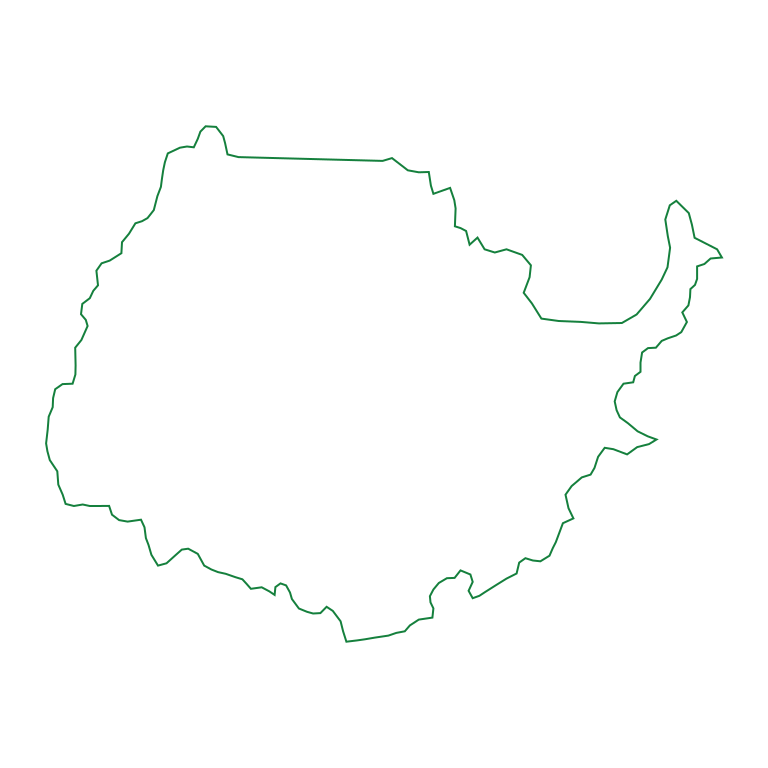 Petrolina de Goiás, Goiás, Brazil (Mercator projection)
{"feature_id": "56859067B28071747683411", "entity_name": "Petrolina de Goiás", "entity_type": "district", "adm_level": 2, "iso_a3": "BRA", "parent_name": "Brazil", "parent_adm1": "Goiás", "projection": "mercator", "projection_center": [-49.296, -16.111], "detail": "fine", "context": "isolated", "style": "outline", "palette": "green", "viewbox_px": 768, "rotation_deg": 0, "n_neighbors": 0, "source": "geoboundaries", "source_scale": "gbopen_adm2", "svg_char_len": 2689}
<svg xmlns="http://www.w3.org/2000/svg" viewBox="0 0 768 768"><path d="M656.5,439.5L647.7,436.3L637.6,431.3L627.8,423.1L619.9,417.4L616.6,410.2L614.7,401.4L617.4,392.1L623.5,383.7L633.2,382.3L634.9,376.0L640.5,371.8L640.5,362.6L642.1,352.5L648.0,348.1L655.9,347.7L661.7,340.9L667.8,338.3L676.1,335.5L681.3,332.1L686.9,322.0L682.3,312.4L688.4,305.4L690.0,297.2L690.4,289.1L695.0,284.9L697.1,278.9L697.1,266.4L704.4,264.0L710.6,258.5L721.9,257.5L717.1,249.3L694.6,237.8L691.9,224.6L688.8,213.1L676.3,200.8L669.8,205.3L665.3,219.5L667.8,236.1L670.1,247.7L667.5,267.3L661.7,279.6L650.0,298.9L636.6,314.5L621.9,323.0L598.8,323.4L580.8,321.9L558.7,321.0L541.4,318.6L531.9,303.4L523.7,292.8L529.6,277.2L530.9,265.3L522.2,254.9L506.5,249.3L494.8,252.5L484.6,249.3L477.5,237.6L469.6,244.7L466.1,231.0L460.6,228.1L454.9,226.3L455.6,208.4L454.3,200.2L450.1,187.9L433.4,193.8L430.9,185.6L428.8,172.0L418.8,172.3L407.8,170.3L392.0,158.1L382.6,160.9L238.5,157.1L227.5,154.4L225.1,143.2L223.2,136.1L216.1,126.9L205.6,126.3L200.4,131.6L197.8,138.8L193.8,147.3L187.0,146.5L179.9,147.7L167.8,153.4L164.9,162.2L163.2,170.3L161.9,179.1L160.9,186.9L157.4,196.1L153.8,210.1L147.5,218.1L142.0,221.2L135.4,223.3L129.0,233.7L122.0,242.2L121.4,253.2L109.7,260.6L101.6,263.3L96.4,270.7L98.0,285.3L93.3,290.8L89.8,298.2L82.3,303.9L81.0,314.2L85.8,319.9L87.6,326.0L81.4,340.0L75.2,347.7L75.6,365.4L75.4,374.5L72.6,383.7L62.5,384.1L55.2,389.2L53.1,398.1L52.7,407.2L48.7,416.7L47.7,429.5L46.1,443.4L47.4,451.2L49.8,460.1L57.3,471.3L58.3,484.6L62.7,494.7L65.6,503.9L73.9,506.0L82.7,504.5L89.8,506.0L97.7,506.0L109.1,505.9L112.0,514.7L119.1,520.1L127.6,521.6L141.0,519.7L144.5,527.3L145.9,538.1L148.5,544.9L151.4,554.8L158.0,565.6L166.5,563.3L175.5,555.2L181.8,549.6L188.2,548.7L197.8,553.9L204.2,565.6L211.4,569.5L218.0,572.1L225.7,573.8L235.5,577.2L242.4,579.3L246.7,584.0L250.9,588.8L261.7,587.3L269.4,591.4L274.6,594.9L275.4,587.1L280.5,583.4L286.1,585.4L290.0,592.5L291.9,599.0L298.9,608.5L307.0,611.8L313.1,613.5L320.4,613.1L326.6,606.8L332.8,610.9L340.6,621.3L343.1,631.3L346.4,641.7L357.2,640.4L364.9,639.3L374.9,637.6L388.4,635.6L396.3,632.9L404.8,631.3L409.9,625.4L418.8,619.6L432.4,617.6L433.4,608.4L430.5,602.4L429.9,596.2L433.4,589.5L438.8,583.0L446.9,578.2L454.6,577.9L460.5,570.4L470.4,574.5L472.7,581.9L468.6,590.8L472.7,598.2L479.4,595.8L485.0,592.1L496.7,584.7L506.5,578.6L516.6,573.5L519.2,562.6L525.4,558.2L532.9,560.5L540.4,561.3L549.5,555.7L552.8,548.1L555.8,542.2L562.9,523.2L573.4,518.4L568.5,508.2L565.5,494.7L571.6,486.1L581.8,477.4L590.6,474.6L594.5,467.9L598.1,456.8L604.7,447.8L613.4,449.2L627.1,454.4L637.2,447.1L649.0,444.1L656.5,439.5Z" fill="none" stroke="#15803d" stroke-width="2"/></svg>